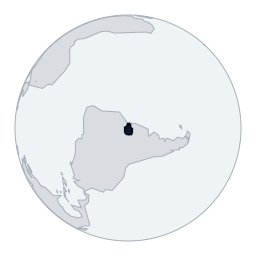 the Earth from above Paraná, rotated 257°
{"feature_id": "BRA-613", "entity_name": "Paraná", "entity_type": "State", "adm_level": 1, "iso_a3": "BRA", "parent_name": "Brazil", "parent_adm1": "", "projection": "orthographic", "projection_center": [-50.532, -24.613], "detail": "fine", "context": "on_globe", "style": "filled", "palette": "ink", "viewbox_px": 256, "rotation_deg": 257, "n_neighbors": 0, "source": "natural_earth", "source_scale": "10m", "svg_char_len": 6197}
<svg xmlns="http://www.w3.org/2000/svg" viewBox="0 0 256 256"><g transform="rotate(257 128 128)"><circle cx="128" cy="128" r="113" fill="#eef3f6" stroke="#a8b0b8"/><path d="M87.4,22.9L87.2,23.0L94.1,21.2L92.7,22.0L93.4,22.6L95.8,21.5L96.1,20.8L100.8,19.3L100.6,18.9L102.5,18.4L103.8,18.0L107.4,17.3L110.2,16.9L109.3,17.4L110.5,17.3L114.5,16.5L115.8,17.3L121.9,18.0L121.8,18.5L116.1,19.7L108.3,20.4L100.9,23.3L109.6,20.8L109.2,22.5L110.8,22.7L113.1,22.4L114.7,21.6L115.4,22.2L107.1,24.6L106.3,24.0L109.0,23.2L105.3,23.7L99.7,25.9L100.0,26.9L91.3,30.1L91.4,30.9L89.5,32.3L90.0,30.6L89.0,33.9L78.8,40.2L77.3,47.6L74.6,42.9L71.1,43.4L66.6,45.1L66.3,46.2L60.9,47.6L55.0,52.4L51.4,59.5L52.1,63.8L58.3,61.3L60.8,57.6L65.7,55.3L60.7,64.6L69.0,63.0L67.4,69.8L69.6,72.6L74.1,70.5L78.7,71.0L82.4,66.4L88.2,63.2L87.8,68.7L91.4,63.2L94.4,65.3L106.2,63.8L105.2,65.1L115.1,71.0L126.5,73.7L129.1,78.0L127.7,80.7L131.8,81.5L131.8,83.3L148.6,87.1L157.6,92.7L157.6,99.3L150.5,106.4L145.4,123.3L133.1,128.6L130.8,136.0L122.7,147.2L115.2,146.6L118.2,152.2L114.7,155.9L110.0,156.4L110.0,160.6L106.6,161.0L109.4,163.6L105.3,169.6L108.0,174.1L105.3,179.1L107.2,181.8L105.7,181.9L104.4,183.1L104.7,184.7L99.5,182.8L96.5,176.8L97.2,173.5L95.2,173.3L96.6,164.9L94.9,166.9L92.8,155.4L94.1,145.9L92.4,121.0L89.6,116.7L81.1,112.9L70.8,98.8L73.0,91.9L71.0,89.4L77.7,79.3L76.3,72.1L74.0,71.6L71.5,75.0L64.2,72.5L62.1,68.0L42.6,69.0L41.3,67.7L42.4,63.9L41.8,56.7L39.3,65.4L38.0,64.9L38.0,62.5L39.4,60.7L41.2,56.6L40.8,56.7L41.6,55.7L47.1,49.6L52.9,44.0L59.2,38.8L65.8,34.1L72.7,29.9L79.9,26.1L87.4,22.9ZM76.1,50.5L85.6,52.2L79.5,54.0L80.8,53.0L78.5,51.9L74.0,51.6L68.9,53.9L76.1,50.5ZM81.8,44.9L80.1,45.0L81.9,44.6L81.8,44.9ZM101.7,18.5L102.7,18.2L102.0,18.4L101.7,18.5ZM108.7,187.3L100.2,183.7L104.8,185.2L106.8,182.3L111.7,185.3L108.7,187.3ZM115.1,180.1L118.1,178.5L119.2,179.3L117.4,180.5L115.1,180.1ZM199.8,41.2L200.2,41.5L202.0,43.1L207.5,48.2L209.5,50.3L206.7,47.5L197.3,39.3L194.3,37.7L195.5,41.8L192.7,41.1L187.9,38.5L182.2,32.3L189.3,34.8L187.3,33.1L181.4,29.5L184.1,30.8L182.6,29.8L184.8,30.8L184.0,30.3L192.1,35.4L199.8,41.2ZM240.5,134.4L240.3,136.1L238.6,147.9L236.2,156.9L233.6,159.1L230.6,166.9L228.7,167.4L226.4,171.5L223.1,174.4L218.8,176.0L215.0,171.5L217.4,167.3L219.4,157.5L223.4,136.4L227.2,129.4L227.9,122.7L224.9,106.1L225.7,99.3L224.2,95.4L221.6,94.5L219.6,90.0L217.7,88.9L204.0,85.8L198.1,79.5L187.2,63.9L188.5,59.4L185.8,53.6L192.2,41.1L196.8,43.5L205.6,47.2L207.3,48.7L209.8,52.1L219.2,62.3L218.0,60.3L218.7,61.2L223.5,68.3L227.8,75.9L231.6,83.7L234.7,91.8L237.1,100.1L238.9,108.6L240.1,117.1L240.6,125.8L240.5,134.4ZM193.8,48.0L194.6,49.5L193.8,48.0ZM106.6,63.7L108.0,64.6L106.0,64.8L106.6,63.7ZM78.4,56.2L80.5,55.8L81.6,56.3L79.8,56.9L78.4,56.2ZM97.5,52.8L100.2,52.9L97.3,53.7L97.5,52.8ZM87.2,52.4L95.4,53.0L89.8,55.3L84.6,55.1L88.4,54.0L87.2,52.4ZM80.1,47.7L81.4,47.7L80.8,48.6L80.1,47.7ZM83.1,44.6L82.5,44.8L82.1,44.3L83.1,44.6ZM109.7,22.4L110.4,22.2L112.6,22.1L111.3,22.5L109.7,22.4ZM123.8,20.3L124.6,21.4L123.1,20.7L121.5,21.3L116.3,20.9L121.5,18.7L120.1,19.7L123.8,20.3ZM110.9,20.3L113.6,20.5L110.5,20.4L110.9,20.3ZM171.9,24.4L174.1,25.3L175.3,26.0L173.3,25.5L171.4,24.4L171.9,24.4ZM175.5,25.8L181.9,29.1L183.5,30.0L178.8,28.0L179.5,28.0L177.3,27.0L176.9,26.6L172.0,24.3L175.5,25.8ZM115.1,16.1L115.7,16.1L112.4,16.5L113.7,16.4L110.0,16.8L115.1,16.1ZM136.4,15.7L134.9,15.7L135.0,16.0L130.2,15.7L127.0,15.4L126.2,15.4L136.4,15.7ZM207.0,48.1L207.9,48.9L208.9,49.7L210.4,51.4L207.0,48.1ZM200.7,42.5L201.2,42.7L203.8,45.2L202.8,44.6L200.7,42.5ZM199.3,41.0L201.0,42.6L199.5,41.3L199.3,41.0ZM192.8,220.1L190.6,221.7L191.5,221.0L192.8,220.1ZM232.5,169.9L229.2,176.8L229.8,174.6L232.2,169.3L235.8,160.5L235.9,160.4L232.5,169.9Z" fill="#d9dde1" stroke="#a8b0b8" stroke-width="1"/><path d="M121.2,128.4L121.2,128.1L121.2,127.9L121.3,127.7L121.3,127.4L121.2,127.3L121.2,127.2L121.3,127.0L121.4,126.9L121.5,126.9L121.6,126.7L121.7,126.4L121.7,126.2L121.8,125.9L121.8,125.7L122.0,125.7L122.4,125.1L122.4,124.9L122.5,124.7L123.2,124.3L123.3,124.3L123.5,124.1L123.8,124.1L124.1,124.1L124.3,124.0L124.5,124.1L124.8,124.1L125.0,124.1L125.1,123.9L125.4,124.0L125.6,124.1L125.8,124.1L126.0,124.2L126.3,124.2L126.5,124.1L126.8,124.3L127.0,124.4L127.4,124.5L127.5,124.6L127.8,124.7L128.0,124.7L128.3,124.7L128.5,124.7L128.9,124.7L129.0,124.7L129.0,124.8L129.3,125.0L129.5,125.1L129.6,125.3L129.7,125.6L129.6,125.8L129.6,126.0L129.8,126.2L129.7,126.5L129.8,126.7L129.9,126.8L130.0,126.9L130.0,127.0L130.2,127.3L130.3,127.5L130.2,127.7L130.3,127.7L130.2,127.8L130.2,128.0L130.4,128.2L130.5,128.1L130.8,128.1L131.0,128.1L131.3,128.2L131.5,128.2L131.6,128.3L131.6,128.5L131.5,128.8L131.6,129.0L131.6,128.9L131.8,128.7L131.9,128.8L132.0,128.8L132.2,129.1L132.3,129.3L132.4,129.2L132.4,129.3L132.2,129.5L132.1,129.4L132.3,129.3L132.2,129.4L132.0,129.5L131.9,129.5L131.9,129.4L131.9,129.2L131.9,129.3L131.7,129.3L131.6,129.5L131.8,129.6L131.7,129.6L131.4,129.7L131.2,129.5L131.3,129.6L131.2,129.7L131.2,129.8L131.4,129.8L131.5,129.8L131.8,129.9L131.7,130.0L131.6,130.3L131.4,130.4L131.5,130.4L131.4,130.4L131.5,130.5L131.4,130.5L131.3,130.4L131.2,130.5L131.5,130.5L131.4,130.7L130.9,130.7L130.8,130.8L130.7,130.8L130.6,130.7L130.6,130.8L130.5,130.7L130.5,130.8L130.3,130.8L130.2,130.9L130.0,131.0L129.9,131.1L129.7,131.2L129.4,131.0L129.3,130.9L129.1,130.8L128.9,130.8L128.6,130.8L128.4,130.8L128.2,130.8L127.9,130.7L127.9,130.8L128.0,130.8L127.8,130.8L127.7,131.0L127.4,131.2L127.3,131.3L127.3,131.2L127.2,131.3L127.2,131.2L126.9,131.3L126.7,131.4L126.7,131.5L126.8,131.8L126.7,132.0L126.4,132.1L126.3,131.9L126.1,131.9L125.9,131.9L125.6,131.9L125.4,131.9L125.2,131.8L125.2,131.7L124.9,131.6L124.7,131.6L124.3,131.5L124.2,131.5L124.0,131.4L123.8,131.5L123.7,131.5L123.2,131.3L122.8,131.4L122.7,131.4L122.5,131.2L122.4,131.0L122.3,130.8L122.2,130.7L122.1,130.4L122.1,130.2L121.9,130.1L121.8,129.9L121.8,130.0L121.7,129.9L121.7,130.0L121.6,129.9L121.5,130.0L121.4,130.0L121.3,129.9L121.2,130.0L120.9,130.1L120.8,129.9L120.8,129.7L120.9,129.4L121.0,129.3L121.1,129.2L121.0,128.9L121.1,128.5L121.2,128.4ZM131.9,129.5L132.0,129.5L132.0,129.8L131.9,129.7L131.9,129.5Z" fill="#0f172a" stroke="#020617" stroke-width="1.5"/></g></svg>